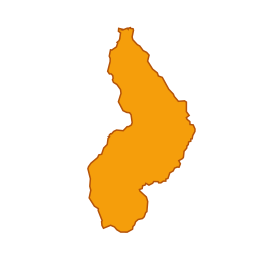 SVG path tracing the border of Piauí, rotated 336°
{"feature_id": "BRA-622", "entity_name": "Piauí", "entity_type": "State", "adm_level": 1, "iso_a3": "BRA", "parent_name": "Brazil", "parent_adm1": "", "projection": "albers", "projection_center": [-42.942, -6.821], "detail": "medium", "context": "isolated", "style": "filled", "palette": "amber", "viewbox_px": 256, "rotation_deg": 336, "n_neighbors": 0, "source": "natural_earth", "source_scale": "10m", "svg_char_len": 1886}
<svg xmlns="http://www.w3.org/2000/svg" viewBox="0 0 256 256"><g transform="rotate(336 128 128)"><path d="M158.6,35.7L160.0,33.2L163.3,35.7L162.5,35.9L163.1,36.3L167.9,36.5L168.3,37.8L168.9,37.0L171.0,37.3L170.8,38.0L173.0,39.4L172.8,40.9L168.8,46.5L168.3,49.3L170.4,55.6L172.1,57.9L173.3,63.4L175.8,66.5L176.9,70.0L173.1,74.9L174.4,84.2L177.2,89.6L176.9,92.8L179.9,95.7L181.0,109.2L183.2,115.5L183.1,118.1L184.9,124.1L190.7,126.2L191.9,128.1L188.0,136.8L189.0,141.4L185.5,142.3L185.5,144.1L187.1,147.3L186.1,150.0L188.8,151.7L188.8,156.2L187.7,158.4L184.0,161.3L182.2,164.0L180.9,163.6L180.0,165.6L177.7,165.4L176.3,167.7L174.6,168.3L173.4,170.3L169.7,172.1L166.7,177.3L165.4,178.1L161.1,178.5L161.3,182.0L158.7,184.6L157.1,183.7L154.2,183.6L151.8,185.6L147.9,186.0L144.0,190.3L141.8,190.1L140.9,191.9L138.6,190.9L135.7,191.5L133.7,190.6L133.7,189.2L129.7,187.4L128.0,188.5L123.9,188.7L121.8,185.8L120.4,187.1L117.9,186.7L116.3,189.1L113.4,188.8L113.2,190.4L116.7,198.5L116.1,203.2L111.2,212.1L109.8,212.4L106.7,215.7L104.4,216.6L100.1,215.7L96.9,216.7L94.5,219.2L92.4,220.0L91.0,222.3L85.0,222.8L79.0,220.1L76.4,216.4L75.4,212.9L72.6,209.8L64.8,209.6L64.6,206.4L65.8,202.7L66.7,202.2L67.2,191.3L68.1,189.6L65.5,185.8L64.1,176.1L68.7,169.7L69.4,165.7L73.0,159.1L74.8,148.9L76.2,147.3L79.8,145.1L88.3,142.6L90.4,140.7L93.2,141.3L97.7,136.4L102.3,134.6L105.5,129.5L107.0,128.8L106.7,128.0L107.7,128.2L108.0,126.9L109.8,126.1L110.6,126.6L113.6,125.3L116.7,125.2L122.5,128.5L127.7,126.4L129.2,127.0L132.3,126.6L134.0,124.8L136.2,117.1L135.7,114.8L133.1,113.2L130.5,110.1L129.9,100.1L135.7,93.5L136.8,89.8L135.6,83.8L133.3,80.4L133.4,77.6L134.6,76.6L135.4,73.9L134.6,71.7L133.0,71.0L132.5,67.9L138.6,60.2L140.0,57.3L140.1,54.7L143.8,49.5L144.9,50.2L150.4,49.2L153.2,46.1L152.8,45.3L155.4,44.5L156.7,43.2L159.9,38.0L158.6,35.7Z" fill="#f59e0b" stroke="#b45309" stroke-width="1.5"/></g></svg>